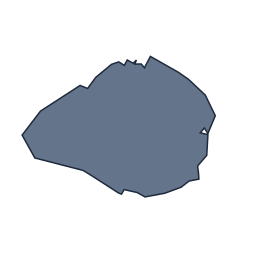 the district of Overton, Tennessee, United States of America, rotated 121°
{"feature_id": "52423323B37655039009426", "entity_name": "Overton", "entity_type": "district", "adm_level": 2, "iso_a3": "USA", "parent_name": "United States of America", "parent_adm1": "Tennessee", "projection": "albers", "projection_center": [-85.32, 36.342], "detail": "fine", "context": "isolated", "style": "filled", "palette": "slate", "viewbox_px": 256, "rotation_deg": 121, "n_neighbors": 0, "source": "geoboundaries", "source_scale": "gbopen_adm2", "svg_char_len": 603}
<svg xmlns="http://www.w3.org/2000/svg" viewBox="0 0 256 256"><g transform="rotate(121 128 128)"><path d="M129.7,44.8L124.7,48.8L110.9,46.4L92.5,56.1L94.9,63.6L88.7,62.5L91.6,56.7L72.5,59.5L60.0,78.7L55.1,101.3L54.3,113.6L55.1,145.7L67.9,144.9L66.3,149.6L69.7,155.1L65.4,155.8L69.8,156.9L70.1,163.7L76.2,163.4L76.1,170.0L81.9,174.9L101.1,181.7L114.9,183.0L116.2,191.0L158.5,211.7L188.6,215.1L201.7,192.4L187.5,144.7L187.6,134.2L188.6,102.7L188.0,99.5L182.8,99.6L178.6,86.9L178.3,77.9L165.0,62.9L151.5,52.0L142.1,48.4L135.3,40.9L129.7,44.8Z" fill="#64748b" stroke="#1e293b" stroke-width="1.5"/></g></svg>